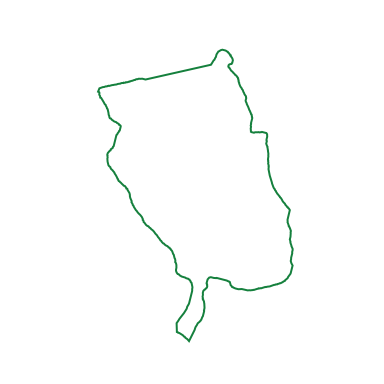 Flores, Heredia, Costa Rica, rotated 104°
{"feature_id": "36466004B75019906256139", "entity_name": "Flores", "entity_type": "district", "adm_level": 2, "iso_a3": "CRI", "parent_name": "Costa Rica", "parent_adm1": "Heredia", "projection": "albers", "projection_center": [-84.155, 10.006], "detail": "fine", "context": "isolated", "style": "outline", "palette": "green", "viewbox_px": 384, "rotation_deg": 104, "n_neighbors": 0, "source": "geoboundaries", "source_scale": "gbopen_adm2", "svg_char_len": 6018}
<svg xmlns="http://www.w3.org/2000/svg" viewBox="0 0 384 384"><g transform="rotate(104 192 192)"><path d="M337.4,158.8L325.2,156.1L323.2,156.0L321.9,155.8L320.0,155.1L318.1,154.7L317.6,154.4L316.2,153.3L315.6,153.1L314.8,152.5L314.2,152.4L313.7,152.1L311.1,151.8L309.9,151.4L304.5,151.4L304.2,151.7L301.5,151.8L297.2,153.1L296.7,153.4L295.5,153.8L294.1,154.8L293.8,155.4L293.2,155.4L292.9,155.8L292.2,155.8L291.1,156.4L289.1,156.5L287.3,157.1L285.3,157.1L283.6,156.2L283.4,155.7L282.2,155.2L281.9,154.8L280.9,154.4L279.6,154.4L279.0,154.8L278.4,154.8L277.9,155.3L277.3,155.4L277.0,155.8L273.0,155.7L270.9,154.6L270.1,153.1L270.1,149.8L269.8,148.5L269.8,147.8L269.4,147.3L269.5,136.6L269.8,136.0L269.8,134.7L270.1,134.4L270.1,133.7L270.4,133.4L273.1,131.9L273.6,130.9L274.4,130.3L274.5,129.0L274.8,128.7L274.8,128.0L275.1,126.7L275.1,123.4L274.1,120.2L274.0,114.2L273.4,112.4L273.2,111.2L272.9,110.6L272.5,109.4L272.1,108.9L272.1,108.3L271.7,107.7L270.1,105.1L269.9,104.5L269.4,104.2L269.4,103.5L268.8,102.5L268.8,101.8L266.4,97.9L266.4,97.3L265.7,96.1L264.8,93.7L262.2,89.8L262.1,89.2L261.4,88.3L261.1,87.1L260.6,86.8L260.1,85.7L259.2,84.6L259.1,84.0L257.9,82.7L257.6,82.2L257.0,81.9L256.1,80.9L255.8,80.4L255.1,80.3L252.5,78.4L251.2,78.2L247.6,76.7L247.0,76.6L239.0,76.6L237.1,78.3L235.1,79.5L233.1,79.6L231.9,79.9L227.2,79.9L226.0,80.3L224.0,80.3L222.8,80.6L220.5,82.4L219.9,82.6L217.3,84.3L216.6,84.3L216.1,84.7L214.9,85.2L214.4,85.6L211.7,85.6L207.9,86.3L207.2,86.6L205.9,86.6L203.3,88.3L202.5,89.1L202.0,89.3L201.7,89.9L201.1,90.0L200.7,90.4L199.6,91.0L198.2,92.0L197.6,92.0L195.8,92.6L185.9,92.7L184.6,94.0L184.1,95.1L183.6,95.4L183.5,96.1L182.6,97.0L181.9,98.2L180.8,99.1L179.8,100.8L178.5,102.3L178.0,102.6L176.4,104.2L175.8,105.4L175.2,105.7L174.9,106.3L173.3,108.3L173.0,108.9L172.6,109.2L171.4,110.5L170.9,110.7L170.3,111.7L169.2,112.4L168.9,113.0L168.0,113.9L164.2,116.5L163.6,116.7L157.3,120.5L151.3,123.3L148.7,123.7L148.4,124.0L147.7,124.0L146.0,125.0L144.7,125.1L143.5,125.7L142.8,125.7L142.3,126.1L141.0,126.3L139.0,126.5L137.8,126.9L136.5,127.1L133.6,128.3L133.0,128.4L132.6,128.7L130.8,129.4L130.4,129.7L129.8,129.7L129.1,130.4L127.1,131.7L124.5,131.7L124.2,132.1L122.9,132.4L120.2,132.4L117.8,133.1L116.8,134.1L116.8,138.7L117.1,139.0L117.5,140.2L117.8,140.6L117.8,141.9L118.1,142.4L118.8,145.3L119.5,146.2L119.5,148.9L119.3,149.4L118.7,149.5L117.5,150.0L116.9,150.1L116.3,150.4L114.4,150.5L113.4,151.1L111.5,151.1L111.1,151.4L105.8,151.4L105.2,151.6L104.7,152.1L104.1,152.1L102.9,152.8L102.4,152.9L102.2,153.5L101.1,154.1L100.2,154.9L99.7,155.1L98.7,156.1L95.8,158.1L93.3,160.2L92.7,160.4L91.3,161.6L90.3,162.1L87.7,162.1L87.3,162.4L86.1,162.8L84.5,164.7L83.4,165.4L82.5,166.3L80.8,167.4L80.0,168.5L79.4,168.8L78.3,170.2L77.4,171.0L75.3,172.5L74.7,172.6L73.7,173.5L73.0,173.5L72.5,173.9L71.4,174.3L71.0,174.8L70.4,174.8L69.7,175.5L69.5,176.0L69.0,176.3L68.0,177.9L67.9,178.5L67.0,179.5L66.4,180.7L65.6,181.7L64.7,183.5L62.3,185.9L62.3,186.5L61.2,187.2L59.9,187.1L59.4,186.8L59.1,186.3L58.7,186.0L58.3,184.8L58.0,184.5L57.3,184.5L57.0,184.2L54.3,184.2L52.7,185.1L51.7,186.1L51.4,186.6L50.9,186.9L50.6,187.5L50.0,187.5L49.9,188.2L49.3,188.5L49.1,189.0L48.3,189.8L47.8,191.0L47.3,191.2L47.2,191.9L46.6,193.6L46.6,197.0L47.5,198.5L49.0,199.9L49.3,200.4L52.6,201.5L55.3,201.5L55.9,201.8L58.4,202.3L58.9,202.8L62.5,203.9L63.1,204.2L63.7,204.2L64.0,204.5L94.1,264.3L94.1,267.7L94.7,269.5L94.9,270.8L95.1,271.3L95.7,272.0L95.8,272.7L96.3,273.7L97.1,274.4L97.2,275.0L98.5,276.8L99.0,277.9L99.7,278.8L99.8,279.3L100.3,279.7L100.4,280.3L100.9,280.8L101.4,282.0L101.4,282.6L101.9,282.9L102.4,284.0L102.4,284.7L102.9,285.0L103.1,286.2L103.7,287.3L104.1,287.6L105.1,290.1L105.9,291.2L106.8,293.5L107.4,294.6L107.5,295.2L109.1,298.0L109.1,298.7L109.4,299.0L109.6,299.6L110.1,300.1L110.4,301.3L111.4,302.7L111.8,303.9L113.8,306.9L117.4,307.4L117.6,306.2L118.4,305.7L119.5,305.7L120.4,305.2L120.9,304.6L121.8,304.1L122.6,303.9L122.7,302.9L126.4,299.2L127.9,297.9L128.3,296.9L129.1,296.5L130.6,295.1L131.5,294.7L132.0,293.9L135.4,292.2L137.3,291.5L138.0,290.8L138.9,290.5L139.8,290.0L140.3,289.5L140.3,288.5L141.4,287.1L141.6,286.2L142.1,285.3L142.4,284.4L142.6,282.3L143.2,281.4L143.6,279.6L144.4,279.1L144.5,278.1L145.0,277.3L145.7,277.0L149.9,277.0L150.4,277.5L151.4,277.6L153.2,278.4L154.2,278.5L155.0,279.1L166.5,279.1L167.3,279.6L168.4,279.6L170.2,281.1L171.3,281.1L171.9,281.8L174.5,283.1L175.5,283.2L176.6,283.2L177.1,282.7L178.1,282.6L179.0,282.2L180.1,282.2L183.1,281.2L186.3,279.5L186.8,278.9L187.7,277.2L188.5,276.8L189.3,276.0L190.1,274.4L190.7,273.7L191.9,272.0L192.7,271.6L193.9,270.2L196.2,268.1L197.1,267.6L197.5,266.8L198.4,266.4L199.1,265.7L199.3,264.7L199.8,264.2L200.2,263.2L200.8,262.4L201.8,260.6L202.4,259.8L202.4,258.7L203.6,257.1L204.5,256.6L204.5,255.6L205.5,255.1L208.2,252.4L210.0,251.5L211.0,251.3L212.8,250.4L215.5,248.3L216.5,248.3L218.1,246.7L219.0,246.3L219.4,245.5L220.3,245.0L223.3,241.9L223.7,241.1L224.9,239.8L225.9,238.3L226.7,236.8L228.3,234.7L230.1,233.2L231.0,233.1L231.4,232.3L232.9,231.6L233.2,230.8L235.0,228.7L235.8,227.0L235.8,226.0L236.9,224.6L237.1,223.7L238.1,222.3L238.4,221.3L239.5,219.5L241.4,217.3L242.4,215.6L243.9,214.1L245.1,212.4L246.6,210.9L246.9,210.0L247.7,209.3L248.8,207.6L248.9,206.6L249.6,205.8L250.3,204.0L250.4,203.0L250.8,202.1L251.5,201.3L251.5,200.3L252.3,199.7L252.5,198.9L253.3,198.3L253.7,197.5L254.4,196.8L256.7,195.3L257.2,194.6L260.4,192.9L261.1,192.2L263.0,191.4L264.0,191.4L265.0,190.3L266.6,189.5L269.3,188.8L271.4,188.7L272.4,188.4L273.9,187.4L275.0,186.1L275.0,185.1L276.0,183.4L276.2,182.5L276.5,181.8L276.7,177.7L277.1,176.8L277.1,174.7L277.5,174.2L277.6,173.2L278.3,172.7L278.9,171.8L279.7,171.4L280.2,170.5L283.9,168.7L284.9,168.4L286.0,168.4L287.9,167.9L300.4,167.9L301.5,168.0L304.5,168.9L306.5,168.9L311.4,170.5L318.1,173.5L320.1,174.1L323.0,175.2L331.5,172.8L331.5,171.8L331.9,171.5L331.9,170.2L333.2,166.2L334.2,164.8L334.2,164.1L335.1,163.1L335.9,160.9L337.4,158.8Z" fill="none" stroke="#15803d" stroke-width="2"/></g></svg>